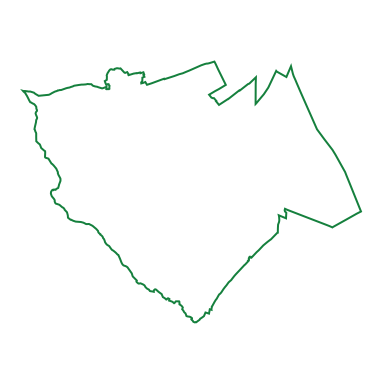 Jaristea, Vrancea, Romania
{"feature_id": "2599482B16712539339151", "entity_name": "Jaristea", "entity_type": "district", "adm_level": 2, "iso_a3": "ROU", "parent_name": "Romania", "parent_adm1": "Vrancea", "projection": "albers", "projection_center": [27.038, 45.796], "detail": "fine", "context": "isolated", "style": "outline", "palette": "green", "viewbox_px": 384, "rotation_deg": 0, "n_neighbors": 0, "source": "geoboundaries", "source_scale": "gbopen_adm2", "svg_char_len": 5756}
<svg xmlns="http://www.w3.org/2000/svg" viewBox="0 0 384 384"><path d="M361.0,211.5L349.8,183.7L346.5,175.6L345.1,172.0L343.8,169.7L340.9,164.5L335.5,154.8L332.5,149.9L324.3,139.2L317.0,129.3L310.7,115.0L307.9,108.7L300.9,92.8L296.8,83.3L295.5,80.2L293.7,76.2L292.9,73.8L291.0,66.2L286.4,77.0L276.8,71.6L276.2,70.9L271.1,81.7L268.3,87.6L263.8,94.3L261.6,96.9L256.0,103.6L255.6,104.0L255.7,84.1L255.9,77.3L249.3,83.6L248.0,84.1L239.7,90.6L239.4,90.3L228.3,99.0L228.2,98.9L219.0,104.9L216.0,101.2L216.3,100.9L213.9,98.1L212.9,98.2L211.4,97.6L209.1,94.7L215.3,91.0L218.7,89.2L225.8,84.9L218.1,69.3L215.9,64.5L215.1,62.9L214.4,61.6L208.9,63.3L207.3,63.6L206.5,63.6L204.9,64.0L201.2,65.3L189.2,70.6L186.0,71.9L182.7,73.3L179.3,74.2L174.1,76.1L164.4,79.2L164.1,78.7L159.2,80.5L151.6,83.3L147.0,84.8L145.3,82.0L143.2,82.9L141.3,83.4L141.2,82.4L142.3,81.0L142.4,77.6L144.4,76.8L143.4,75.0L144.2,74.6L143.4,72.3L140.4,73.2L140.1,72.5L136.9,73.3L136.7,73.1L133.6,73.6L127.8,75.4L128.4,74.8L128.6,74.5L128.5,74.0L128.2,73.6L127.2,72.1L125.1,72.9L124.3,72.5L120.5,68.4L119.7,68.6L117.0,68.2L114.6,68.9L114.4,69.2L114.3,69.7L113.0,69.7L111.1,69.2L110.1,69.6L109.2,70.6L107.5,73.3L106.7,75.4L106.9,76.4L106.8,79.8L104.8,81.1L105.5,83.2L106.2,84.7L108.0,84.1L108.6,84.2L108.9,85.0L109.5,85.7L109.3,87.8L109.4,88.8L109.0,89.1L108.2,89.1L106.6,89.2L106.3,89.1L106.5,87.9L106.5,86.8L103.8,87.9L102.1,88.4L98.2,87.2L97.3,86.8L95.0,86.4L94.1,86.1L93.4,85.9L92.6,85.5L91.9,84.7L91.3,84.2L89.7,84.2L87.6,84.0L87.2,84.1L85.8,84.4L83.1,84.6L81.6,84.6L79.4,84.9L74.2,85.7L72.8,86.4L70.8,87.0L69.6,87.5L67.4,87.9L66.0,88.3L61.2,90.0L59.5,90.1L58.4,90.5L57.9,90.4L57.3,90.8L56.3,91.2L55.4,91.4L54.5,91.8L51.6,93.3L50.4,94.1L48.8,94.8L38.6,95.8L37.8,95.3L35.4,93.9L34.5,93.2L34.0,92.7L32.1,92.1L30.1,91.5L28.3,91.5L27.2,91.3L24.8,91.0L23.7,91.1L23.0,90.9L23.5,91.5L25.5,93.3L25.7,93.9L26.9,95.8L28.4,98.7L28.9,99.8L30.1,102.0L30.4,102.3L31.0,102.4L31.9,103.0L32.5,103.4L33.7,103.9L34.3,104.3L35.2,105.3L35.6,105.8L36.3,107.0L36.3,107.7L36.3,108.2L36.4,108.7L37.0,110.2L36.9,111.0L36.3,111.7L35.9,112.3L35.7,113.0L35.6,113.5L36.0,114.8L36.6,116.2L37.1,117.5L37.1,118.1L36.9,118.8L36.4,119.6L36.2,120.2L36.0,122.2L35.4,124.8L34.9,126.9L34.5,129.0L34.5,129.4L34.9,129.9L35.2,130.9L35.4,131.6L36.0,132.7L36.2,133.5L36.2,134.9L36.2,135.5L36.2,137.2L36.3,141.3L38.5,143.4L39.6,144.2L40.1,145.0L41.2,148.0L44.2,150.6L45.1,151.2L45.2,152.6L45.0,157.0L45.5,157.7L48.4,158.6L51.5,163.6L52.1,163.9L53.6,165.4L56.3,168.7L57.0,170.3L57.9,172.2L57.8,173.1L58.4,174.8L59.4,176.6L60.4,178.5L60.5,180.1L60.4,181.1L59.1,184.5L58.8,185.8L58.2,187.9L57.5,188.3L56.2,189.0L55.6,189.8L54.3,189.6L53.8,189.9L53.7,189.6L52.4,189.9L51.4,191.2L51.0,192.0L50.9,193.7L51.2,194.6L51.6,195.8L51.9,196.4L54.1,199.1L54.7,200.2L54.7,201.5L55.2,202.9L55.8,203.6L57.7,204.2L59.4,204.8L62.2,207.2L62.9,207.6L63.4,207.8L64.3,208.9L64.5,209.3L64.6,209.7L67.0,212.3L67.8,215.3L68.0,217.7L70.1,219.4L70.8,219.8L71.0,219.7L71.7,220.1L72.4,220.3L73.0,220.7L75.7,221.6L80.9,222.0L83.5,222.7L86.2,224.1L89.0,224.0L92.5,225.8L96.2,228.9L98.0,230.9L98.4,232.4L99.1,233.2L100.3,234.1L100.2,234.5L101.5,235.5L102.3,236.3L102.9,237.3L103.0,237.9L103.7,238.8L104.0,239.1L104.6,240.6L105.1,242.3L106.3,244.0L107.1,244.8L109.2,246.1L111.0,248.7L112.0,249.9L113.4,250.7L115.7,252.6L117.7,254.7L118.3,254.9L120.0,258.7L121.5,262.6L122.5,264.4L123.5,265.4L125.8,266.2L126.7,266.7L127.5,267.3L131.8,273.4L132.6,276.1L133.0,276.7L136.8,280.5L136.4,281.4L136.6,281.9L136.7,282.1L137.3,282.6L138.4,283.5L139.0,283.6L139.6,283.5L140.3,283.3L141.2,283.6L143.4,284.6L144.5,285.4L145.0,286.2L145.4,287.0L147.0,288.6L148.9,289.6L149.9,291.0L150.5,291.2L152.6,291.5L153.8,291.8L153.8,290.9L153.9,290.4L154.2,290.0L155.1,289.3L155.9,289.5L156.4,289.9L158.5,291.8L160.8,293.5L161.6,294.0L162.9,297.1L164.0,297.7L165.4,298.7L166.2,299.5L166.6,299.5L167.5,298.5L167.9,298.3L168.2,298.3L168.7,298.6L169.4,299.0L169.1,300.6L171.8,301.5L172.7,302.0L174.1,303.2L174.6,302.9L175.8,301.4L176.0,301.3L177.9,301.3L178.9,301.3L179.2,301.4L179.3,301.6L179.4,301.9L179.4,303.3L179.6,303.6L179.5,304.4L180.8,305.2L181.7,306.0L182.2,306.6L182.8,307.5L182.7,307.9L182.4,308.7L182.2,309.2L183.5,310.8L183.6,311.2L183.8,311.6L184.4,312.4L185.5,313.4L186.5,316.1L186.8,316.2L187.9,316.5L188.4,316.6L189.1,316.6L190.1,316.9L190.9,317.3L191.3,317.6L191.6,317.8L192.0,318.2L192.0,318.4L192.0,318.6L191.7,318.8L191.4,319.0L191.3,319.3L191.9,320.0L192.5,320.5L192.9,321.0L193.1,321.4L193.2,321.6L193.4,321.8L194.5,322.3L194.9,322.4L195.2,322.3L195.6,322.1L196.1,322.3L196.3,322.2L196.7,321.9L197.6,321.2L199.4,319.9L199.7,319.6L200.0,319.0L200.2,318.7L201.1,318.2L203.9,316.2L204.0,316.0L205.5,312.5L209.0,313.6L209.8,309.3L211.5,309.8L211.4,309.0L211.5,308.5L211.8,307.6L211.8,306.6L212.0,306.3L212.3,306.0L214.6,301.8L215.9,299.7L216.4,299.2L216.9,298.4L217.3,297.7L218.4,295.7L219.2,294.4L220.2,293.7L221.3,292.4L223.4,289.2L224.9,287.2L226.5,285.3L228.0,283.2L228.5,282.5L229.2,281.8L231.3,280.0L231.5,279.6L234.4,275.9L235.8,274.3L239.0,270.9L244.6,264.9L245.0,264.7L248.6,260.8L248.2,260.5L248.7,260.0L248.9,259.7L249.0,259.4L249.0,259.1L248.8,258.7L248.8,258.3L248.9,258.0L249.4,257.3L249.5,256.9L249.9,256.7L250.4,257.4L250.5,257.6L250.9,257.7L251.4,257.6L251.5,257.4L251.6,257.5L256.7,252.1L258.7,250.3L263.3,245.4L265.1,243.9L267.5,241.9L270.5,239.6L270.9,239.4L277.3,232.8L277.8,232.7L277.9,228.0L278.1,224.6L279.0,222.1L279.2,221.2L279.3,220.3L279.3,219.6L279.1,216.8L278.9,215.7L278.8,215.3L286.0,218.3L286.3,212.8L286.0,212.4L285.7,212.2L285.1,211.6L284.9,211.2L284.7,210.5L284.7,210.0L285.0,208.8L287.2,209.8L304.3,216.4L326.7,225.0L329.5,226.1L332.4,227.4L332.6,227.2L346.6,219.4L356.7,213.7L361.0,211.5Z" fill="none" stroke="#15803d" stroke-width="2"/></svg>